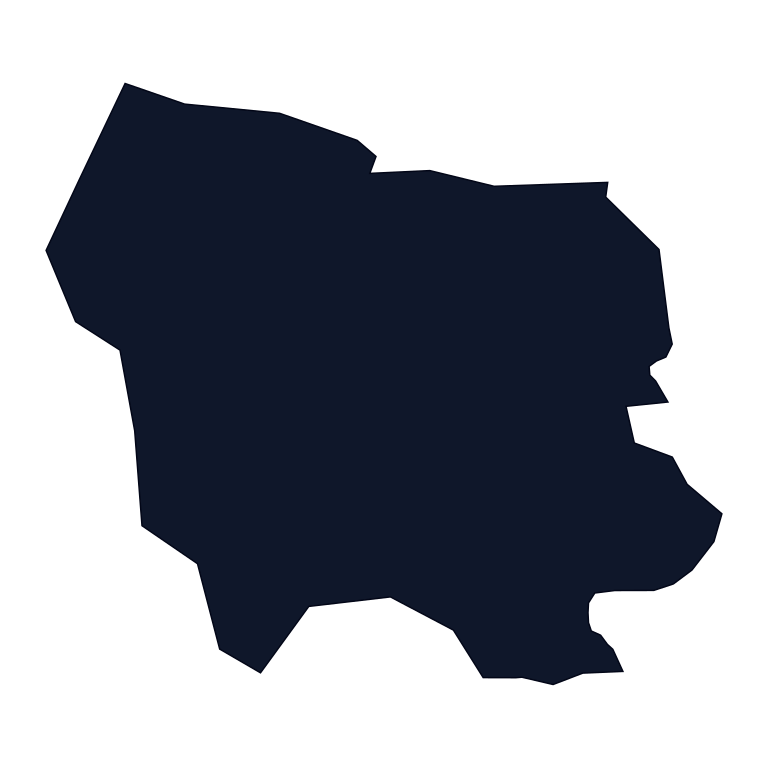 Brocenu, Robinson projection
{"feature_id": "LVA-5711", "entity_name": "Brocenu", "entity_type": "Municipality", "adm_level": 1, "iso_a3": "LVA", "parent_name": "Latvia", "parent_adm1": "", "projection": "robinson", "projection_center": [22.717, 56.707], "detail": "fine", "context": "isolated", "style": "filled", "palette": "ink", "viewbox_px": 768, "rotation_deg": 0, "n_neighbors": 0, "source": "natural_earth", "source_scale": "10m", "svg_char_len": 800}
<svg xmlns="http://www.w3.org/2000/svg" viewBox="0 0 768 768"><path d="M607.7,182.4L605.7,197.1L659.0,249.5L668.9,328.0L672.2,344.1L665.9,357.0L656.4,361.0L649.1,366.4L649.8,375.1L655.6,381.0L667.9,402.0L626.0,406.3L634.3,443.0L672.3,457.1L687.1,484.3L721.9,513.8L713.9,541.6L692.0,570.0L673.4,583.9L653.8,590.4L614.8,590.5L594.8,593.0L588.5,602.9L588.0,612.6L588.5,622.7L591.3,631.0L600.6,635.2L607.4,644.4L612.8,649.3L622.9,671.4L582.8,673.1L553.1,684.5L521.9,677.2L516.0,677.7L483.2,677.6L453.4,630.1L390.4,596.9L308.8,606.4L260.5,672.8L219.7,649.1L197.5,563.7L142.0,525.7L134.7,430.8L120.0,350.1L75.6,321.6L46.1,250.4L79.5,179.2L125.1,83.5L184.6,104.1L279.6,113.3L357.2,140.4L376.0,156.5L369.8,173.4L429.8,170.6L494.1,186.3L607.7,182.4Z" fill="#0f172a" stroke="#020617" stroke-width="1.5"/></svg>